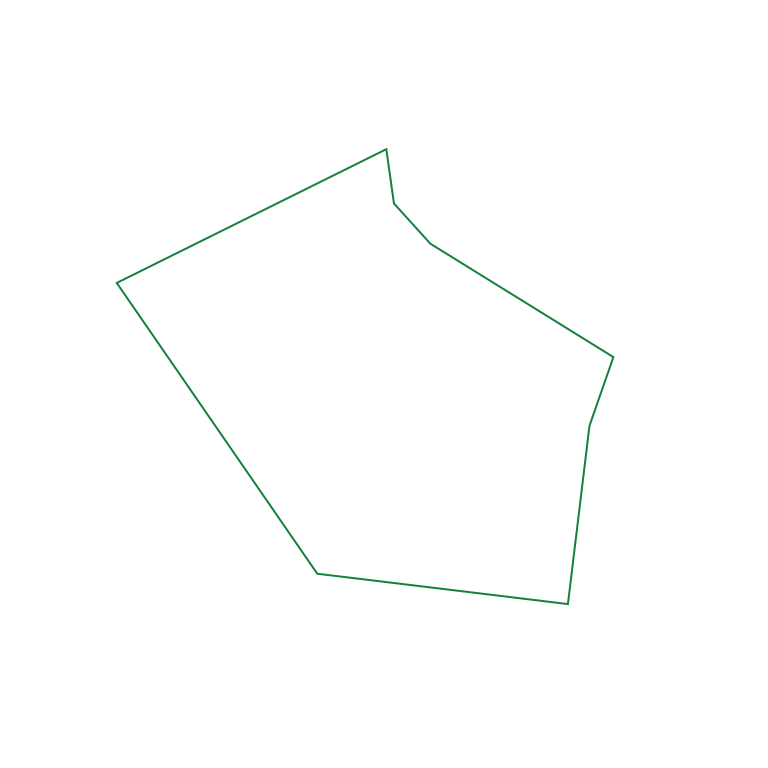 map outline of Mandaue (orthographic projection), rotated 305°
{"feature_id": "PHL-5523", "entity_name": "Mandaue", "entity_type": "Highly Urbanized City", "adm_level": 1, "iso_a3": "PHL", "parent_name": "Philippines", "parent_adm1": "", "projection": "orthographic", "projection_center": [123.958, 10.355], "detail": "fine", "context": "isolated", "style": "outline", "palette": "green", "viewbox_px": 768, "rotation_deg": 305, "n_neighbors": 0, "source": "natural_earth", "source_scale": "10m", "svg_char_len": 274}
<svg xmlns="http://www.w3.org/2000/svg" viewBox="0 0 768 768"><g transform="rotate(305 384 384)"><path d="M577.7,251.2L537.6,288.6L525.5,341.6L537.6,556.5L467.6,576.3L309.2,660.9L190.3,438.2L313.5,107.1L577.7,251.2Z" fill="none" stroke="#15803d" stroke-width="2"/></g></svg>